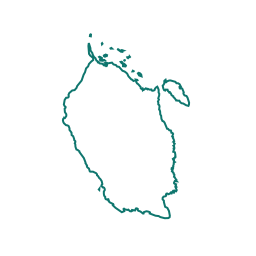 Pulau Morotai, Maluku Utara, Indonesia (Robinson projection), rotated 133°
{"feature_id": "22746128B67952855762127", "entity_name": "Pulau Morotai", "entity_type": "district", "adm_level": 2, "iso_a3": "IDN", "parent_name": "Indonesia", "parent_adm1": "Maluku Utara", "projection": "robinson", "projection_center": [128.365, 2.304], "detail": "fine", "context": "isolated", "style": "outline", "palette": "teal", "viewbox_px": 256, "rotation_deg": 133, "n_neighbors": 0, "source": "geoboundaries", "source_scale": "gbopen_adm2", "svg_char_len": 5783}
<svg xmlns="http://www.w3.org/2000/svg" viewBox="0 0 256 256"><g transform="rotate(133 128 128)"><path d="M171.5,45.5L171.1,43.6L168.9,39.6L166.4,37.1L164.9,36.7L163.6,37.6L160.8,41.4L159.6,44.7L160.3,47.1L157.7,51.2L156.7,52.2L156.6,54.0L155.5,55.0L154.0,55.2L152.1,53.9L151.0,54.2L150.7,54.9L149.8,55.1L149.2,54.7L148.7,53.1L146.9,52.5L146.2,51.5L145.8,51.7L146.0,52.7L145.6,52.7L144.0,50.3L143.5,50.6L143.8,51.1L143.7,52.1L143.1,52.2L142.0,51.3L142.1,50.5L141.5,49.6L140.2,50.0L138.9,52.9L138.1,52.5L138.0,53.7L137.1,53.9L136.9,54.7L136.5,54.7L137.0,55.9L137.0,56.6L136.5,57.1L134.9,57.6L133.7,56.0L133.6,56.9L132.8,57.4L132.9,58.1L132.1,60.4L132.3,61.1L130.6,62.1L130.3,62.9L130.4,63.5L129.7,64.2L129.8,65.2L129.3,65.8L129.6,66.3L128.2,66.9L128.7,67.1L128.5,68.0L127.6,68.6L126.8,67.7L126.4,67.8L126.3,68.5L125.2,68.6L124.7,69.3L123.5,69.7L122.3,70.8L121.0,70.5L121.2,71.6L120.1,72.4L120.4,73.2L120.0,74.1L119.6,74.0L119.3,73.4L118.5,73.8L117.4,73.3L116.7,73.5L116.5,74.3L115.6,74.7L113.8,77.1L114.3,78.3L114.6,78.0L114.9,78.0L114.6,78.1L114.6,78.7L112.1,79.8L112.3,80.1L111.8,80.8L110.8,80.7L110.2,81.5L110.0,82.7L109.3,82.5L107.6,83.2L107.8,83.9L107.2,85.0L106.7,85.1L106.9,85.4L106.2,85.4L105.2,86.7L104.6,88.6L104.1,88.9L104.0,89.5L103.7,89.3L103.4,90.2L101.6,90.9L101.3,91.9L101.9,93.1L100.8,94.4L100.6,95.0L101.5,96.2L101.3,98.1L101.9,98.9L99.1,105.0L98.9,106.6L99.4,107.5L98.5,109.8L96.4,112.2L96.1,113.6L94.1,115.7L93.3,117.0L93.3,117.8L90.7,119.7L90.0,120.8L90.1,121.9L88.6,123.3L88.3,124.1L86.1,124.8L85.7,126.1L83.1,127.3L81.6,128.5L81.2,129.8L79.2,131.6L78.2,133.6L77.8,134.8L79.0,135.1L80.7,135.1L82.3,134.4L83.8,135.2L84.4,136.3L83.9,137.2L85.3,138.5L85.8,140.2L86.5,140.2L86.8,142.0L89.4,142.5L89.3,143.1L90.2,143.1L89.3,144.3L90.1,144.4L90.3,145.7L89.4,146.7L89.0,150.3L89.2,151.8L88.8,153.2L87.9,154.4L88.5,155.3L89.9,156.1L89.8,157.8L90.2,158.6L89.9,162.8L88.8,165.7L88.8,167.0L89.0,169.0L89.9,171.1L89.4,176.3L90.5,177.9L90.2,179.7L91.4,182.0L91.1,184.3L95.1,187.3L96.3,186.2L97.2,185.9L98.7,188.6L98.4,189.4L98.5,190.6L100.1,192.8L100.0,194.0L100.2,193.9L100.6,194.8L99.9,195.6L100.0,196.1L99.6,196.0L100.0,196.1L100.2,197.2L99.2,199.4L99.2,201.6L98.2,204.3L97.6,205.0L97.0,207.8L96.4,208.8L95.2,210.0L92.6,214.6L95.0,212.9L100.4,207.0L100.3,206.3L100.8,205.5L100.6,201.2L102.0,199.8L104.4,200.2L107.8,200.2L110.1,199.2L113.0,199.3L116.5,197.5L119.3,196.8L124.9,194.3L131.9,193.8L133.8,193.0L136.7,192.9L138.6,194.4L142.5,194.8L144.4,194.1L145.0,193.1L145.8,192.6L146.8,192.7L148.1,193.9L150.6,193.5L154.6,190.9L155.2,189.3L155.2,187.9L155.8,187.5L157.1,187.5L159.4,185.0L160.0,182.6L160.7,181.8L161.6,181.2L163.7,181.0L163.9,181.4L164.1,181.1L164.8,181.6L165.6,181.6L166.8,180.8L167.7,179.5L168.2,178.1L168.2,175.3L167.3,173.9L167.1,172.7L168.1,170.6L169.3,169.5L169.9,166.2L171.6,164.4L171.4,162.5L172.7,160.0L173.5,159.1L173.6,157.5L174.2,156.9L175.5,156.5L175.8,155.5L177.5,153.7L178.4,152.1L178.9,151.0L178.4,149.9L178.2,147.6L178.7,147.1L180.1,139.8L182.2,135.5L182.7,135.2L183.4,132.4L183.8,132.3L184.5,131.0L184.3,128.9L185.7,126.5L185.7,125.9L183.8,123.8L182.8,120.5L183.0,119.1L183.7,118.4L183.6,116.9L184.2,115.2L184.2,113.4L184.8,111.0L186.5,108.5L187.8,108.4L188.4,107.8L188.6,106.3L188.4,106.3L188.0,104.7L188.5,103.4L189.2,102.7L191.0,102.3L192.7,100.7L193.8,99.2L193.9,97.7L194.7,97.0L195.2,95.8L194.9,94.9L194.2,94.4L194.3,93.9L194.0,94.2L193.5,93.8L194.7,91.6L194.8,90.5L193.7,87.0L194.0,86.4L194.8,86.5L194.9,86.0L194.9,82.7L193.8,75.1L191.4,74.0L190.3,76.0L189.7,75.9L189.5,74.4L188.1,72.3L187.5,72.1L187.5,69.8L186.8,68.8L185.7,68.4L185.6,69.1L185.2,69.2L183.5,66.6L181.6,67.3L181.0,66.4L180.7,66.5L180.5,65.7L181.4,64.8L181.5,64.0L180.6,62.0L180.3,58.6L179.9,58.3L178.7,59.0L176.4,57.8L175.5,56.5L174.7,54.7L174.9,54.1L175.7,53.8L173.4,48.1L171.5,45.5ZM74.5,111.3L74.0,110.1L73.0,109.1L73.5,107.4L73.4,105.8L72.4,104.3L71.7,101.0L70.6,98.9L69.3,99.4L67.8,100.6L65.2,105.2L64.7,107.1L65.6,108.9L65.3,110.3L64.7,111.3L63.9,111.5L62.2,115.2L62.4,116.0L63.6,116.7L63.5,117.6L62.7,118.4L61.6,117.8L60.8,120.1L61.1,121.8L62.2,123.1L61.9,124.8L64.2,129.3L65.2,130.3L67.1,131.2L68.7,131.4L69.3,132.4L71.9,131.5L73.4,131.5L75.0,129.1L75.7,127.3L75.2,126.3L74.2,126.6L73.0,125.2L73.7,124.1L73.7,122.8L73.3,122.2L73.9,121.9L73.4,120.4L74.3,118.5L73.9,116.5L74.4,115.8L74.4,113.9L75.0,111.5L74.5,111.3ZM81.3,158.0L82.0,155.7L81.0,153.3L79.9,154.8L79.8,156.4L80.3,157.8L81.3,158.0ZM84.7,171.8L83.8,172.0L83.6,173.0L83.7,174.8L84.4,175.5L86.2,173.8L84.7,171.8ZM75.2,184.5L74.5,184.1L75.2,185.7L76.5,186.2L77.0,187.4L77.0,188.7L77.6,189.7L77.0,185.2L76.1,184.0L75.2,184.5ZM90.5,193.6L89.8,192.6L89.0,193.0L89.5,194.4L90.1,194.6L90.7,194.0L91.0,195.0L91.6,195.0L91.9,194.4L91.6,193.5L91.1,193.2L90.5,193.6ZM94.9,194.6L94.6,194.8L94.7,195.5L95.2,197.4L95.8,197.6L95.9,197.0L95.6,195.6L94.9,194.6ZM68.6,133.6L69.3,133.1L68.8,132.4L67.5,132.8L67.1,133.4L68.6,133.6ZM85.7,219.3L86.8,218.5L86.3,217.7L84.9,218.8L85.1,219.3L85.7,219.3ZM97.6,194.3L96.6,193.1L96.1,193.9L96.4,194.6L97.1,195.0L97.6,194.3ZM84.7,178.4L84.9,176.8L84.7,176.0L83.9,176.7L83.8,177.3L84.0,178.0L84.7,178.4ZM77.8,175.6L75.6,175.6L75.6,175.9L76.8,176.8L77.3,175.7L77.8,175.6ZM95.9,192.3L94.4,191.2L94.4,191.8L95.3,192.8L95.9,192.3ZM81.7,195.1L81.8,194.8L80.8,193.8L80.8,194.8L81.7,195.1ZM95.8,188.5L95.0,188.5L95.2,189.0L96.0,189.2L95.8,188.5ZM83.5,163.3L82.8,162.6L82.6,162.6L82.8,163.5L83.5,163.3ZM84.5,204.1L83.8,204.1L83.6,204.8L84.0,204.8L84.5,204.1ZM81.9,176.9L80.7,176.4L80.0,176.1L80.8,176.9L81.9,176.9ZM87.2,154.0L86.6,153.7L86.5,154.1L87.0,154.9L87.2,154.0ZM192.0,107.5L192.9,107.4L192.9,106.8L192.0,107.5ZM97.4,188.0L97.7,187.9L97.7,187.1L97.1,187.5L97.4,188.0ZM75.1,175.4L74.9,175.0L74.7,175.0L74.6,175.7L75.1,175.4Z" fill="none" stroke="#0f766e" stroke-width="2"/></g></svg>